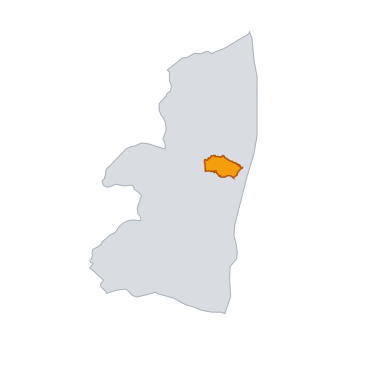 Central Rivercess, River Cess, Liberia shown in context, rotated 242°
{"feature_id": "62588387B65596489935901", "entity_name": "Central Rivercess", "entity_type": "district", "adm_level": 2, "iso_a3": "LBR", "parent_name": "Liberia", "parent_adm1": "River Cess", "projection": "orthographic", "projection_center": [-9.304, 5.8], "detail": "fine", "context": "in_parent", "style": "filled", "palette": "amber", "viewbox_px": 384, "rotation_deg": 242, "n_neighbors": 0, "source": "geoboundaries", "source_scale": "gbopen_adm2", "svg_char_len": 4069}
<svg xmlns="http://www.w3.org/2000/svg" viewBox="0 0 384 384"><g transform="rotate(242 192 192)"><path d="M69.1,164.0L72.2,161.3L76.9,152.7L83.5,144.4L89.6,139.5L94.4,134.4L99.5,130.6L106.8,126.1L118.0,114.2L120.6,112.8L122.4,104.5L125.2,94.0L128.5,90.8L136.1,88.8L137.8,87.0L140.6,79.6L142.3,71.0L142.5,69.1L145.4,68.9L150.6,67.1L153.5,67.9L154.8,70.4L155.5,72.5L171.0,67.1L172.3,66.0L173.1,66.2L175.1,71.1L176.2,70.8L177.1,69.4L178.2,69.2L179.4,69.9L180.6,72.1L182.6,74.2L185.9,75.6L188.0,77.6L187.8,82.7L188.6,87.8L190.1,88.9L190.8,91.9L191.2,95.2L192.0,97.0L192.6,100.3L192.3,103.9L192.9,106.4L195.4,110.8L196.9,116.2L196.9,120.1L196.0,124.2L194.4,127.9L191.5,132.0L191.3,133.6L193.0,134.6L195.6,134.8L197.7,134.0L203.2,135.9L206.1,138.5L208.6,141.8L210.9,143.5L211.9,145.6L215.8,145.0L220.4,143.0L221.3,142.1L222.6,142.6L225.6,142.8L227.6,139.2L229.2,135.0L232.7,130.5L234.5,128.7L234.9,125.9L235.1,122.1L236.4,118.9L239.3,117.1L242.4,117.1L244.1,117.8L245.0,120.9L247.5,123.3L249.6,124.9L250.8,125.6L252.6,127.5L254.3,133.8L261.0,154.1L260.7,159.7L259.4,163.4L259.3,167.0L258.9,170.5L254.8,176.3L242.7,188.2L243.7,189.3L246.6,190.6L249.5,191.3L251.9,190.9L255.0,193.9L258.2,197.6L261.7,199.6L266.7,201.3L271.0,201.4L274.7,200.8L280.0,201.5L285.6,204.6L287.5,209.7L288.9,214.1L290.8,216.4L291.1,220.2L295.1,223.6L300.7,224.3L308.1,228.2L309.9,228.0L310.7,227.5L311.6,228.2L313.5,239.7L314.9,245.7L314.2,248.2L313.2,250.1L313.2,259.3L309.9,264.7L309.4,270.5L308.4,272.4L304.9,274.1L304.9,278.5L304.0,283.9L303.6,289.7L304.6,304.7L304.8,315.9L306.4,318.0L299.5,317.1L279.2,308.6L263.5,303.7L211.1,275.8L196.6,264.6L179.8,247.8L142.6,214.1L134.1,208.7L123.4,206.0L116.8,203.2L112.1,200.0L108.3,190.7L99.0,185.1L81.9,177.2L69.1,164.0Z" fill="#d9dde1" stroke="#a8b0b8" stroke-width="1"/><path d="M209.7,233.2L209.8,232.9L211.1,231.8L211.2,231.5L211.4,231.1L211.8,230.1L212.0,229.6L213.3,229.5L213.5,229.5L213.6,229.2L213.3,228.8L214.0,228.3L214.3,227.8L214.2,227.0L214.7,226.2L214.7,225.8L214.7,225.6L214.6,225.4L214.3,224.9L213.8,224.5L213.4,223.6L213.5,223.1L213.6,222.8L213.8,222.7L214.2,222.6L214.4,222.5L214.4,222.3L214.3,222.2L213.9,222.0L213.6,221.9L213.4,221.4L213.3,221.2L212.8,220.8L212.8,220.7L212.8,220.2L213.0,219.7L213.3,219.5L213.7,219.5L213.7,219.4L214.1,219.2L214.6,218.7L214.0,218.1L213.4,217.4L209.4,216.1L209.2,216.0L206.7,214.7L206.1,214.5L205.8,214.4L205.7,214.3L204.4,213.8L204.0,213.6L204.0,213.9L203.9,214.4L203.5,215.1L203.1,216.0L202.8,216.8L201.7,217.9L201.0,218.6L201.0,219.3L201.1,219.7L200.5,220.0L199.7,220.4L199.5,220.5L199.1,220.6L198.8,220.8L198.5,221.1L198.7,221.4L199.3,221.4L200.0,221.6L200.1,222.0L199.3,222.6L199.1,223.2L198.2,222.9L197.6,222.7L197.0,222.6L196.2,223.0L195.7,223.1L195.4,223.3L195.0,223.3L194.9,223.3L194.6,223.3L193.9,223.3L193.5,223.3L193.2,223.5L193.3,223.6L193.3,224.4L193.1,224.7L192.7,224.3L192.3,224.3L192.2,224.3L191.7,224.6L191.1,225.3L190.9,225.6L190.5,226.6L190.4,226.7L190.0,227.4L189.8,228.5L189.8,228.8L189.8,230.0L189.8,230.3L189.6,231.6L188.9,232.5L188.3,233.5L187.9,234.0L187.6,234.2L187.2,234.3L186.0,234.6L185.9,234.6L185.7,234.7L185.0,235.1L185.3,235.1L185.5,235.4L185.6,235.7L185.5,236.3L185.4,236.7L185.4,237.4L185.5,237.8L185.8,238.4L185.8,238.8L185.6,239.3L186.5,240.2L186.8,240.4L187.3,241.0L187.9,241.8L188.6,243.5L188.9,244.4L189.5,246.0L189.6,246.6L189.5,247.2L189.5,247.7L190.0,248.1L190.2,247.5L190.2,247.4L190.3,247.0L190.6,246.6L191.4,246.6L191.7,246.4L192.5,246.8L193.0,246.5L193.0,246.1L193.0,245.8L193.3,245.4L193.7,245.7L193.9,246.3L194.0,246.2L194.5,245.5L195.1,245.6L195.3,245.2L195.5,244.5L196.1,244.7L196.6,244.6L196.9,244.3L197.2,244.0L197.6,244.1L197.9,243.0L199.3,242.1L199.8,241.8L200.4,241.8L200.6,241.1L201.6,240.2L202.6,239.7L203.2,239.1L203.7,238.9L204.3,238.9L204.6,238.6L204.9,238.2L205.9,237.9L206.3,237.4L206.8,237.2L207.4,236.8L207.9,237.0L208.0,237.3L208.4,237.4L209.1,236.9L209.6,236.5L209.8,236.2L209.7,235.7L209.3,234.9L209.0,234.3L209.1,234.1L209.3,233.9L209.7,233.5L209.6,233.4L209.7,233.2Z" fill="#f59e0b" stroke="#b45309" stroke-width="1.5"/></g></svg>